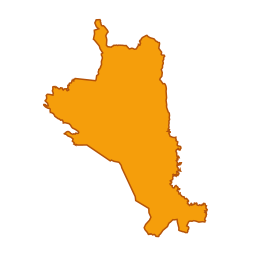 Bere, Worodougou, Ivory Coast, rotated 185°
{"feature_id": "98640826B43857880322183", "entity_name": "Bere", "entity_type": "district", "adm_level": 2, "iso_a3": "CIV", "parent_name": "Ivory Coast", "parent_adm1": "Worodougou", "projection": "albers", "projection_center": [-6.135, 8.377], "detail": "fine", "context": "isolated", "style": "filled", "palette": "amber", "viewbox_px": 256, "rotation_deg": 185, "n_neighbors": 0, "source": "geoboundaries", "source_scale": "gbopen_adm2", "svg_char_len": 5685}
<svg xmlns="http://www.w3.org/2000/svg" viewBox="0 0 256 256"><g transform="rotate(185 128 128)"><path d="M43.3,41.1L43.2,41.8L42.7,42.4L43.1,43.0L43.6,43.3L43.5,44.6L42.4,47.3L42.6,48.3L42.2,48.9L42.5,49.6L43.3,50.2L42.9,50.2L42.6,51.0L43.6,51.2L44.1,52.0L43.5,51.9L42.8,52.7L42.2,52.7L42.0,53.7L43.1,54.6L43.5,56.1L43.1,57.3L44.0,57.5L44.8,59.4L46.0,59.5L46.3,58.3L47.1,58.6L47.5,58.3L47.3,57.8L48.2,57.2L49.7,57.7L50.0,57.7L50.7,57.0L52.3,57.3L52.9,58.1L52.8,58.9L53.4,59.2L54.3,58.6L55.3,59.0L55.4,58.9L55.0,58.4L55.4,57.8L57.8,56.7L58.2,57.2L57.9,58.1L58.5,58.5L58.7,58.3L58.8,57.1L60.0,56.2L60.3,56.8L61.3,57.1L61.6,57.9L62.3,58.3L62.0,59.1L62.3,59.8L61.4,60.1L61.4,60.7L61.8,61.3L62.4,61.5L62.8,62.3L63.3,62.4L63.6,62.9L65.1,62.5L65.7,63.2L66.0,64.2L68.1,64.5L70.4,66.6L70.4,67.6L71.4,66.9L72.1,68.8L72.8,69.5L73.6,69.8L73.1,71.7L71.8,71.0L71.3,71.3L71.3,72.0L72.5,71.9L72.8,72.8L73.5,73.2L73.5,73.7L74.2,74.0L75.1,74.9L76.2,74.0L76.7,72.5L77.4,72.3L78.0,72.4L79.0,73.4L78.9,74.3L80.8,75.2L81.3,76.0L81.0,76.4L80.0,76.9L79.7,77.9L79.8,78.2L81.1,78.7L81.3,79.1L79.2,80.4L78.9,81.4L79.2,82.6L79.1,83.9L77.6,84.5L78.8,84.7L79.2,85.5L78.9,85.8L78.0,85.4L76.9,85.6L76.4,84.4L75.9,84.2L76.0,85.3L75.6,86.3L75.0,85.7L75.1,85.1L74.2,85.0L73.8,86.1L73.4,86.5L73.3,87.4L73.5,87.6L75.5,88.2L75.7,88.8L75.5,89.1L74.7,89.2L73.6,89.9L71.9,89.7L72.4,90.5L72.6,91.5L73.2,90.4L74.2,90.7L74.5,91.3L74.5,92.4L75.5,93.4L75.9,94.8L73.7,95.8L73.1,95.8L72.9,96.5L72.2,96.8L71.9,98.0L73.6,97.8L75.1,96.1L75.8,96.0L75.7,97.8L77.0,99.7L75.5,100.7L75.6,101.1L76.5,101.5L76.4,101.8L75.3,102.6L74.4,102.8L74.7,103.5L75.5,104.2L75.8,103.4L76.5,103.5L77.1,105.3L77.3,107.4L78.3,109.1L77.8,110.7L77.0,110.9L76.3,112.1L76.0,112.0L75.6,110.9L75.0,110.5L74.1,110.8L74.2,111.5L73.6,112.2L73.5,112.7L73.9,113.9L74.2,114.2L76.8,114.6L77.6,115.4L77.2,118.5L79.1,119.6L79.0,120.6L79.4,121.3L79.5,123.0L80.9,122.5L82.6,122.6L85.3,123.4L86.9,126.5L85.6,127.3L85.6,127.8L86.7,128.2L88.3,128.2L87.4,129.1L86.7,129.4L86.5,129.9L86.9,130.2L87.9,130.4L87.2,132.4L87.7,134.3L87.5,136.5L87.9,138.6L87.3,140.0L87.9,142.3L87.7,143.8L88.2,146.4L89.3,147.4L91.3,151.8L91.6,153.9L91.4,154.2L92.5,158.9L92.2,161.4L93.3,168.1L93.2,170.3L93.7,172.4L94.3,173.9L95.3,175.3L95.9,175.4L97.0,175.1L99.7,178.3L100.6,178.8L100.3,180.3L98.8,182.5L98.7,186.2L100.0,189.2L98.9,191.1L99.1,193.7L98.6,194.8L98.5,195.9L99.2,197.8L98.4,199.3L98.6,201.6L97.9,202.3L97.7,202.8L98.4,203.7L100.4,203.6L101.4,204.5L101.1,205.7L101.2,206.6L104.3,210.1L103.9,214.7L104.2,215.8L105.8,215.9L106.8,216.8L107.7,216.9L109.9,219.1L113.7,219.8L116.0,220.8L117.1,221.9L117.8,221.8L121.6,219.3L122.6,217.8L122.6,217.1L123.7,216.3L123.5,215.6L124.0,215.5L124.0,215.2L122.9,213.6L123.3,211.7L123.5,211.4L124.0,211.4L124.5,212.4L124.9,212.3L124.5,211.4L125.2,210.6L126.6,207.6L128.3,207.0L130.1,207.7L131.3,207.8L133.4,206.9L133.9,207.1L137.0,210.0L138.3,209.8L140.7,209.9L144.6,209.7L145.5,209.3L146.5,209.6L148.0,209.2L148.9,209.2L149.7,209.0L150.0,208.4L151.2,207.7L151.6,207.1L155.2,207.2L156.7,208.5L156.8,213.9L157.3,215.8L158.2,217.8L157.2,220.6L156.3,221.6L156.3,222.3L157.2,223.7L160.3,227.0L161.5,227.7L162.8,227.5L163.6,228.4L164.1,229.6L164.3,230.7L164.9,231.3L164.7,232.4L165.4,233.5L169.1,233.0L170.2,229.8L168.3,226.1L165.8,224.3L170.1,222.4L169.5,218.7L170.2,213.4L169.3,212.9L163.8,207.3L162.7,204.5L159.7,200.6L160.2,199.9L161.0,199.4L160.8,198.2L159.9,196.8L159.6,195.3L160.3,191.9L159.9,188.8L160.7,186.6L160.6,185.9L161.3,184.9L161.3,184.4L162.2,183.8L162.1,182.8L162.5,181.8L162.5,180.9L162.0,179.4L162.4,178.6L163.8,177.4L164.0,173.2L164.6,172.3L185.0,172.7L185.5,171.8L186.8,171.6L186.8,171.1L186.2,170.6L186.2,170.2L187.8,170.6L188.4,168.1L190.2,167.5L190.5,166.7L190.2,165.5L190.4,165.3L191.2,165.6L191.6,165.3L191.7,164.8L191.2,163.4L191.5,163.0L191.4,162.1L190.3,160.9L190.5,160.5L191.8,159.8L192.2,160.1L192.7,161.7L194.9,161.4L195.8,160.2L196.6,160.8L196.8,161.9L197.2,162.1L198.7,162.2L199.4,161.0L200.3,161.0L203.2,162.7L203.2,162.2L203.5,161.9L205.0,162.9L206.2,162.6L206.5,162.3L206.2,160.1L206.6,158.4L205.4,156.2L205.8,154.7L205.6,154.3L205.9,154.2L208.5,154.6L211.1,154.6L211.6,154.3L212.3,153.1L211.8,152.0L211.6,150.2L212.1,148.9L212.9,148.2L212.9,147.8L210.3,145.7L209.3,143.1L210.5,142.8L212.3,144.0L212.9,144.2L213.9,144.1L214.0,143.7L213.8,143.3L212.0,141.8L210.2,141.0L209.0,140.6L208.4,140.8L207.4,140.3L207.1,139.9L207.1,138.1L206.7,136.8L206.4,137.0L203.8,135.9L202.8,134.9L201.9,133.3L198.2,131.1L197.2,131.0L195.7,129.9L194.9,130.2L194.0,130.1L193.9,129.6L193.2,129.0L192.9,127.3L191.3,127.8L187.2,127.2L185.6,126.0L184.3,124.1L183.2,123.1L180.3,122.0L177.2,120.2L176.7,119.4L177.0,118.5L177.4,118.2L179.6,118.3L179.8,117.5L180.2,117.3L181.5,117.5L182.4,116.9L184.7,117.6L185.4,118.4L186.7,119.2L187.6,119.3L189.0,118.7L190.0,117.4L191.0,116.9L190.9,116.6L188.9,116.2L187.3,114.9L184.1,113.9L181.7,112.2L182.3,110.1L180.4,108.7L180.3,107.8L180.6,107.3L178.4,106.3L178.4,107.1L178.1,107.1L176.7,106.6L167.5,107.5L142.8,93.7L141.8,94.6L139.1,93.6L134.3,93.1L133.6,92.7L131.5,90.1L130.7,87.8L114.8,60.3L114.0,56.4L100.3,49.7L99.7,45.4L97.4,41.2L98.5,38.1L102.0,33.5L103.2,30.1L102.1,28.1L99.5,25.5L98.4,23.8L98.0,24.0L97.6,23.9L97.2,24.3L96.2,24.2L96.0,24.6L95.5,24.5L94.0,23.6L92.7,24.3L91.7,23.8L90.7,22.5L88.3,22.5L87.9,22.8L87.6,24.1L86.4,25.4L84.3,29.1L80.1,33.3L79.4,35.6L78.6,37.2L77.7,37.8L75.3,40.6L74.2,40.5L71.1,41.2L70.6,38.6L68.6,32.9L68.5,30.7L67.9,30.3L64.1,29.4L63.5,29.5L61.4,28.8L59.9,29.0L59.4,30.3L59.6,31.3L58.8,32.6L58.8,34.3L59.5,35.0L61.0,35.6L59.6,39.5L58.9,40.4L57.9,40.7L56.1,40.7L54.5,41.4L52.8,41.3L49.2,40.4L45.6,41.2L43.3,41.1Z" fill="#f59e0b" stroke="#b45309" stroke-width="1.5"/></g></svg>